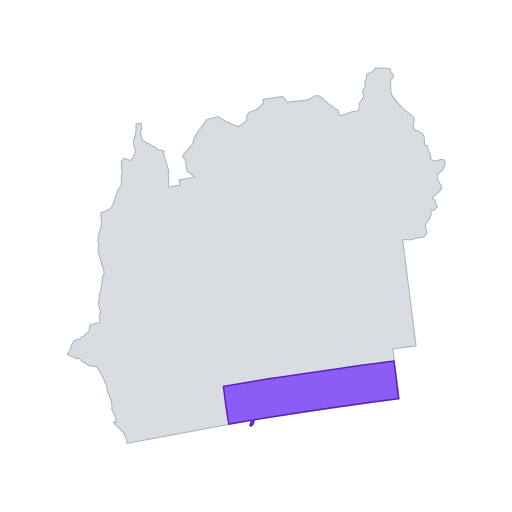 location of Halfa, Northern, Sudan, rotated 171°
{"feature_id": "16777658B39778167930026", "entity_name": "Halfa", "entity_type": "district", "adm_level": 2, "iso_a3": "SDN", "parent_name": "Sudan", "parent_adm1": "Northern", "projection": "orthographic", "projection_center": [30.005, 21.349], "detail": "fine", "context": "in_parent", "style": "filled", "palette": "violet", "viewbox_px": 512, "rotation_deg": 171, "n_neighbors": 0, "source": "geoboundaries", "source_scale": "gbopen_adm2", "svg_char_len": 4558}
<svg xmlns="http://www.w3.org/2000/svg" viewBox="0 0 512 512"><g transform="rotate(171 256 256)"><path d="M354.0,405.1L349.4,405.2L348.9,404.2L348.9,401.2L349.4,399.0L351.0,395.4L350.6,393.5L350.8,390.7L349.6,387.6L338.4,378.8L336.3,376.3L330.3,374.1L331.3,371.5L328.7,353.0L329.9,350.8L330.2,347.5L330.1,344.6L331.5,339.8L331.6,337.8L319.9,337.9L319.8,339.9L320.4,342.2L320.3,343.1L304.1,343.5L310.7,350.7L311.0,353.9L310.7,357.9L310.8,360.5L311.1,362.1L312.9,365.4L312.8,366.0L312.4,366.8L300.9,376.7L299.0,381.2L297.5,383.6L294.1,387.6L283.6,398.0L281.8,398.7L273.7,399.2L273.0,399.4L272.3,399.9L272.0,399.8L265.0,393.7L253.4,386.4L245.7,390.2L243.6,391.6L243.6,395.1L242.4,396.9L240.3,398.9L234.6,400.1L231.7,401.1L228.1,403.1L224.7,406.4L224.4,408.1L224.8,409.6L205.1,409.4L203.8,408.1L201.0,402.6L199.0,403.0L181.1,402.0L178.6,402.5L173.4,404.7L170.9,405.0L168.2,403.9L158.9,392.9L156.9,391.6L154.8,388.9L152.8,387.8L152.2,386.9L152.0,385.8L152.1,383.4L151.4,381.9L149.9,381.5L137.3,383.7L135.5,383.3L132.9,383.7L132.0,384.1L130.9,385.5L130.6,388.4L130.3,389.9L129.3,391.5L125.7,395.1L124.8,396.6L124.9,400.7L124.7,402.7L124.1,403.6L122.5,405.1L121.9,406.0L121.2,411.1L119.2,414.1L118.7,415.2L118.6,417.5L118.3,418.1L112.5,419.7L110.4,420.8L109.0,422.5L108.7,423.2L106.3,422.5L103.2,421.9L97.2,421.1L94.9,420.2L93.8,419.0L94.2,415.9L93.6,415.2L92.7,414.6L92.0,413.2L92.2,411.6L95.4,408.1L96.1,406.2L97.1,397.2L96.9,394.4L94.5,389.2L89.0,380.2L87.6,378.4L80.7,370.9L79.9,369.8L78.2,366.6L80.3,360.0L80.5,358.2L80.0,356.2L78.3,354.7L76.7,354.5L74.6,352.6L73.3,351.7L72.1,350.1L71.3,347.8L72.1,339.9L71.7,338.8L69.9,338.5L69.5,337.9L69.7,336.4L68.8,331.8L67.8,328.0L68.5,326.0L67.0,323.1L64.2,321.7L58.5,322.4L56.8,322.1L55.6,321.5L54.8,320.5L54.4,319.2L54.9,317.4L56.6,314.1L58.6,311.4L62.8,309.1L63.9,307.8L64.5,306.4L64.7,304.7L64.5,302.8L64.1,301.2L63.0,298.9L62.0,296.3L62.0,294.6L62.6,293.3L63.7,291.9L67.8,289.2L72.0,286.9L72.7,286.1L72.5,285.1L70.6,283.0L70.2,279.0L69.2,276.3L71.4,274.3L72.9,273.7L75.4,273.1L76.3,272.3L76.7,270.7L76.6,269.1L77.5,268.0L78.8,265.6L79.7,264.5L83.0,261.7L83.7,259.8L84.0,258.0L83.3,252.4L85.2,250.2L87.5,248.4L90.8,248.7L96.0,248.5L99.5,247.8L102.0,248.0L107.7,249.2L108.3,248.8L108.6,247.3L112.0,142.1L135.1,142.9L135.4,142.7L136.9,92.8L281.4,94.6L282.6,94.4L284.8,89.7L285.8,89.4L287.3,89.6L287.8,90.7L286.6,94.5L412.5,91.2L413.0,96.9L414.2,101.4L418.1,107.8L421.3,111.1L422.5,113.0L422.6,113.9L422.5,114.7L421.5,113.8L420.0,113.2L419.9,116.3L420.9,122.5L422.4,126.8L421.6,130.9L422.0,137.8L424.0,145.9L423.9,151.2L427.1,163.3L429.9,170.0L431.4,171.6L433.0,172.4L436.1,172.9L440.8,176.1L444.5,179.6L445.9,181.4L447.7,183.4L448.9,183.0L449.6,182.4L450.8,184.0L456.7,187.3L457.6,189.0L455.6,190.8L453.4,193.8L452.4,196.5L451.8,197.3L450.0,199.1L449.7,199.9L448.9,200.5L448.0,200.6L446.1,201.6L444.3,201.4L442.6,202.0L442.0,202.6L440.6,203.3L438.7,203.7L435.8,206.1L433.2,207.3L432.4,208.2L431.2,212.8L430.3,214.0L426.4,214.3L424.5,214.8L422.0,214.4L420.7,214.5L420.4,215.5L420.1,219.3L420.2,221.0L418.2,225.5L419.1,233.6L417.2,239.8L417.0,241.3L415.0,246.2L414.0,248.1L411.5,257.2L410.6,260.1L408.4,263.1L411.3,284.8L409.6,291.5L409.8,295.1L408.5,300.5L407.5,303.1L405.9,306.1L404.4,309.5L403.3,314.0L402.6,322.3L402.2,323.1L395.3,324.4L393.1,325.1L391.7,326.0L389.9,328.3L386.5,334.2L384.7,337.9L381.8,342.9L378.5,346.5L377.8,348.2L377.3,351.3L376.1,356.3L375.0,359.9L375.3,362.7L374.3,367.7L374.5,370.1L373.3,371.4L371.7,372.8L370.6,373.1L365.6,370.0L362.2,372.3L360.1,375.6L358.5,378.8L359.6,385.6L359.5,387.1L359.0,388.7L355.9,395.5L354.9,398.5L354.0,403.9L354.0,405.1Z" fill="#d9dde1" stroke="#a8b0b8" stroke-width="1"/><path d="M309.2,94.2L294.2,94.4L293.0,94.4L286.0,94.5L286.1,93.6L286.4,93.1L286.6,92.5L287.1,91.6L288.0,90.7L288.5,89.8L288.0,89.4L287.8,89.0L287.5,88.8L286.3,89.7L286.2,89.8L285.4,90.8L285.2,90.9L284.7,91.9L284.5,93.1L283.9,94.4L283.6,94.5L274.1,94.6L264.6,94.6L255.2,94.6L245.9,94.6L236.5,94.6L227.2,94.5L217.9,94.4L208.6,94.3L205.3,94.3L203.9,94.3L199.3,94.2L189.8,94.0L180.4,93.9L170.9,93.7L161.5,93.5L152.3,93.2L143.0,92.9L141.0,92.9L138.9,92.8L137.4,92.7L137.2,99.0L137.0,105.8L136.7,112.7L136.5,119.5L136.3,126.3L136.2,130.7L169.7,131.6L260.0,132.7L260.6,132.8L260.8,132.8L263.1,132.8L270.8,132.7L307.7,132.3L308.6,132.2L308.8,126.1L308.9,122.3L309.0,120.0L309.2,112.3L309.2,111.5L309.2,111.3L309.2,110.9L309.2,110.7L309.2,106.0L309.2,101.8L309.2,101.5L309.2,97.9L309.2,96.5L309.2,96.3L309.2,94.7L309.2,94.3L309.2,94.2Z" fill="#8b5cf6" stroke="#5b21b6" stroke-width="1.5"/></g></svg>